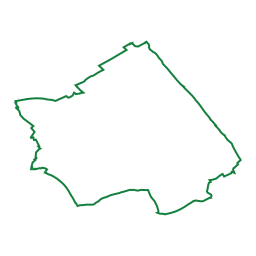 the district of Voerendaal, Limburg, Netherlands
{"feature_id": "6326949B50745475536845", "entity_name": "Voerendaal", "entity_type": "district", "adm_level": 2, "iso_a3": "NLD", "parent_name": "Netherlands", "parent_adm1": "Limburg", "projection": "equal_earth", "projection_center": [5.917, 50.872], "detail": "fine", "context": "isolated", "style": "outline", "palette": "green", "viewbox_px": 256, "rotation_deg": 0, "n_neighbors": 0, "source": "geoboundaries", "source_scale": "gbopen_adm2", "svg_char_len": 5530}
<svg xmlns="http://www.w3.org/2000/svg" viewBox="0 0 256 256"><path d="M144.6,42.9L144.1,43.3L142.9,44.0L140.4,45.3L139.5,45.7L139.2,45.9L139.0,46.1L138.7,46.4L136.6,46.4L135.7,46.3L135.4,46.1L135.1,46.1L134.6,45.7L134.2,45.4L133.4,44.5L133.0,44.2L132.7,43.6L132.6,43.3L132.5,42.9L130.0,44.1L130.0,43.6L123.7,47.3L126.5,50.0L118.5,54.7L111.8,58.7L108.2,60.7L99.0,65.7L103.4,69.8L102.6,70.3L102.1,70.4L101.6,70.7L100.4,71.3L97.3,73.1L94.3,75.0L92.8,75.8L91.1,76.2L89.7,77.0L86.8,78.9L85.9,79.6L83.9,81.7L83.7,81.8L83.3,82.0L75.7,85.2L76.0,85.5L75.9,85.5L76.3,86.0L76.9,86.8L78.2,88.1L79.4,89.2L79.8,89.7L80.7,90.6L83.3,92.6L81.0,93.1L78.9,93.7L76.6,94.0L76.1,94.1L75.9,94.0L75.7,94.0L75.6,93.9L74.8,93.0L74.5,92.8L74.1,92.6L73.5,93.7L73.1,94.7L72.8,95.2L72.4,95.6L72.2,95.8L71.3,96.4L69.9,97.2L69.4,97.4L68.8,97.6L68.6,97.7L68.3,97.6L67.7,97.3L66.9,96.5L66.2,96.1L63.3,97.4L55.7,100.8L55.9,100.8L55.7,100.9L55.2,100.9L54.3,100.6L53.5,100.3L52.3,100.0L50.7,99.8L48.6,99.6L47.8,99.5L45.5,99.1L44.5,98.8L42.8,98.6L40.3,98.4L36.2,98.3L33.9,98.4L32.5,98.5L31.2,98.6L28.7,98.9L27.6,99.0L15.6,101.1L16.2,102.6L15.4,102.7L16.3,104.7L18.0,107.0L16.1,107.6L16.6,108.6L18.1,108.2L18.0,109.0L18.0,109.3L18.0,109.5L18.4,110.1L19.1,110.8L19.3,111.1L19.9,113.3L20.0,113.6L20.3,115.0L20.5,115.4L21.3,116.1L23.4,118.5L30.0,123.5L33.3,126.0L31.3,128.1L31.7,128.6L32.8,129.9L33.0,130.0L33.7,130.8L34.5,131.9L31.4,136.6L31.5,136.6L31.2,137.0L31.1,137.4L31.5,137.6L31.5,137.9L33.4,137.5L34.0,140.0L35.9,139.7L39.2,146.2L38.3,146.5L38.5,146.7L38.6,146.9L39.6,148.1L40.3,148.6L38.9,149.3L38.7,149.5L38.0,150.4L37.2,151.2L36.6,151.8L36.0,152.5L36.0,152.8L35.6,157.4L36.2,157.7L35.8,158.1L36.0,158.3L34.5,159.4L35.4,160.0L32.7,162.4L32.5,162.9L32.3,163.7L32.0,164.7L31.8,165.7L31.7,166.2L31.4,166.9L32.2,167.2L31.2,168.8L31.1,169.2L31.5,169.2L32.6,169.2L34.1,169.2L35.4,169.3L35.6,169.2L35.4,168.8L35.5,168.8L35.8,169.0L36.6,168.9L38.4,168.5L39.8,168.1L40.6,168.4L41.0,168.3L42.0,167.7L42.4,167.8L45.5,168.4L47.0,169.4L45.3,171.8L44.9,172.6L46.6,173.1L47.0,173.6L47.9,174.1L50.5,175.0L52.0,175.7L53.2,176.3L56.1,178.1L57.6,179.1L58.9,180.3L59.1,180.5L59.3,180.4L59.4,180.5L59.7,180.7L60.6,181.7L61.2,182.1L61.7,182.5L63.5,184.2L65.4,186.4L66.9,188.3L67.7,189.6L68.6,191.0L69.2,191.9L69.5,192.7L70.0,193.7L70.7,194.5L70.8,194.9L71.0,195.2L71.4,195.9L72.4,197.3L73.7,199.6L74.7,201.7L75.3,202.6L75.3,202.8L75.9,203.1L76.1,203.3L76.4,204.0L77.5,206.0L79.6,205.3L80.5,205.2L83.0,205.1L86.3,204.7L87.4,204.7L92.2,204.7L92.8,204.6L93.2,204.5L93.8,204.3L94.3,204.0L95.1,203.4L96.0,202.7L96.6,202.3L98.9,201.0L99.2,200.8L99.4,200.5L100.0,199.8L101.1,199.1L101.5,198.7L102.6,198.3L104.1,197.7L106.1,197.1L107.9,196.4L109.4,195.7L111.7,194.9L112.8,194.6L115.5,193.9L119.2,193.1L120.8,192.4L122.1,192.1L125.4,191.2L128.0,190.4L129.5,190.0L130.7,189.8L131.2,190.0L132.2,189.9L134.0,189.9L137.0,190.5L137.4,190.6L137.7,190.6L138.8,190.4L140.5,190.0L141.5,189.9L146.2,190.1L148.0,190.0L150.5,196.0L150.9,196.8L151.2,197.2L154.5,201.1L154.8,201.6L155.7,203.5L156.6,205.3L157.1,206.6L158.4,210.7L158.4,211.6L158.3,212.0L157.8,212.7L157.5,212.8L159.2,213.5L159.8,213.6L160.6,213.7L163.0,213.8L163.8,213.9L164.3,214.0L164.7,214.3L165.1,214.3L168.5,213.5L171.0,212.9L172.6,212.4L174.8,211.7L176.9,210.9L178.2,210.3L179.5,209.6L180.0,209.5L180.2,209.4L181.7,208.5L183.7,207.4L184.7,206.8L189.1,203.8L190.3,203.2L191.4,202.5L192.6,201.7L193.5,201.0L193.9,201.1L194.2,201.0L194.3,200.9L195.3,200.6L195.9,200.5L196.4,200.5L197.0,200.7L201.0,201.3L201.7,201.3L202.4,201.2L203.1,201.1L203.6,200.9L205.3,200.0L208.1,198.6L210.0,197.7L210.3,197.7L210.2,197.6L210.5,197.5L210.9,197.2L211.4,196.2L211.4,195.9L211.4,195.5L211.4,195.4L211.3,195.0L211.0,194.7L210.5,194.3L207.8,192.7L207.6,192.6L207.4,192.4L207.2,192.0L207.0,191.6L207.0,191.4L207.1,190.8L208.2,186.0L208.4,185.9L208.5,185.9L208.3,185.8L208.3,185.7L208.1,185.6L208.9,182.8L210.7,182.0L210.1,180.8L209.6,180.1L211.6,179.9L212.5,179.7L215.6,178.8L216.0,178.7L217.0,177.9L217.4,177.6L218.2,176.9L219.5,175.9L221.1,174.8L222.6,174.0L222.8,174.3L223.0,174.7L223.2,175.0L224.1,176.5L231.1,173.3L231.4,172.5L231.7,171.9L234.4,172.9L234.0,171.8L233.2,170.4L233.1,170.0L233.1,169.7L233.1,169.3L233.6,168.2L233.8,168.3L236.6,165.7L238.0,164.4L237.4,163.8L237.4,163.0L237.7,162.6L238.0,162.6L238.8,161.7L239.3,161.2L240.1,160.6L240.6,160.2L240.1,158.8L239.8,158.6L239.0,157.5L238.6,156.7L237.8,155.3L236.4,153.0L235.7,151.9L234.9,150.1L234.0,148.7L233.4,147.3L232.9,146.5L232.4,145.2L232.0,144.0L231.9,143.9L231.1,142.9L229.9,141.9L229.1,141.2L228.1,140.4L227.5,139.8L225.6,137.3L225.1,136.1L224.5,135.1L224.2,134.9L224.0,135.0L223.2,134.4L221.9,133.3L221.4,132.8L220.8,132.1L220.3,131.5L219.5,130.2L219.4,130.1L219.5,130.0L216.5,126.8L215.4,125.7L215.9,125.4L210.4,119.2L210.3,119.3L209.6,118.0L208.7,116.7L206.7,114.4L205.9,113.4L205.5,112.8L205.1,112.4L203.6,110.4L200.7,106.3L198.4,103.2L196.7,101.3L195.8,100.3L194.4,98.3L192.7,96.3L191.9,95.3L190.9,94.4L190.0,93.5L186.3,89.8L184.7,88.2L182.4,85.7L182.5,85.7L181.7,85.2L180.8,84.3L178.9,82.3L176.9,80.1L173.9,76.4L171.3,73.4L168.1,69.4L165.5,66.5L164.5,65.6L163.6,64.6L162.8,63.7L162.4,62.7L162.4,62.4L162.2,61.8L161.9,61.3L161.6,60.7L160.7,59.8L158.8,57.7L158.2,56.8L157.9,56.3L157.2,55.2L155.5,53.3L154.2,52.5L153.1,52.0L151.9,50.9L150.4,49.8L150.0,49.4L149.9,49.4L149.0,47.6L149.2,45.9L149.0,45.5L148.8,44.7L148.6,44.1L148.1,43.7L147.6,43.2L147.2,42.7L146.9,42.2L146.3,41.7L145.5,42.3L145.2,42.8L144.9,43.1L144.6,42.9Z" fill="none" stroke="#15803d" stroke-width="2"/></svg>